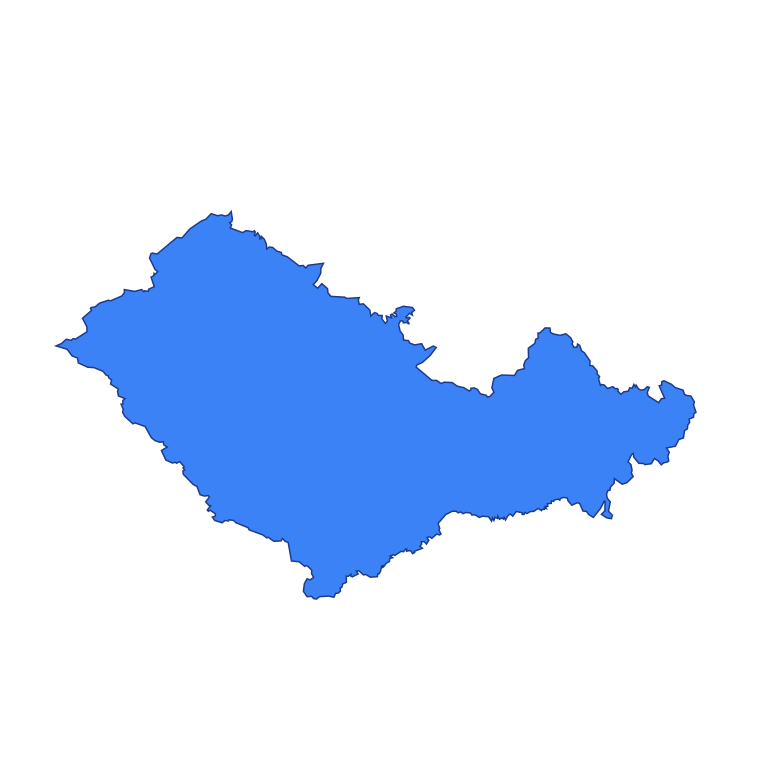 Taungoo, Bago, Myanmar (Albers equal-area conic projection), rotated 321°
{"feature_id": "60261553B53825313002023", "entity_name": "Taungoo", "entity_type": "district", "adm_level": 2, "iso_a3": "MMR", "parent_name": "Myanmar", "parent_adm1": "Bago", "projection": "albers", "projection_center": [96.407, 18.81], "detail": "fine", "context": "isolated", "style": "filled", "palette": "blue", "viewbox_px": 768, "rotation_deg": 321, "n_neighbors": 0, "source": "geoboundaries", "source_scale": "gbopen_adm2", "svg_char_len": 6171}
<svg xmlns="http://www.w3.org/2000/svg" viewBox="0 0 768 768"><g transform="rotate(321 384 384)"><path d="M608.7,602.3L611.3,595.1L613.9,593.3L614.9,586.5L611.8,583.1L611.0,581.1L612.6,577.1L608.0,569.9L607.2,565.2L603.6,557.6L601.4,557.0L599.1,559.5L596.7,558.6L593.1,571.7L590.3,570.0L585.7,571.3L581.8,559.6L583.1,556.3L588.1,553.6L586.8,551.8L582.6,552.1L579.7,550.3L578.7,547.8L579.2,543.5L577.5,544.4L577.9,541.6L574.2,543.5L572.6,541.6L569.3,543.3L565.5,541.0L561.7,541.1L561.2,536.6L562.6,535.6L562.3,534.1L560.8,533.3L560.2,530.1L554.9,528.2L554.5,523.3L552.8,521.3L551.3,521.3L553.9,515.2L556.2,513.9L556.0,510.3L557.8,507.9L557.7,501.4L555.6,499.1L558.6,495.9L559.4,485.8L558.4,482.5L560.4,477.2L559.6,474.8L557.1,476.8L554.8,475.1L555.3,471.2L557.3,470.1L558.2,465.5L556.9,459.4L551.3,456.9L546.9,451.3L545.8,448.6L548.2,445.0L544.5,441.8L537.2,442.4L535.7,441.3L532.7,445.4L530.1,444.7L526.7,447.4L518.7,447.0L512.8,454.6L508.6,454.8L504.5,457.2L502.8,460.4L496.4,457.4L490.8,459.5L481.0,451.0L472.9,448.8L465.4,454.9L464.3,459.5L458.8,460.4L456.1,459.2L456.4,457.2L452.7,452.3L453.2,447.0L451.6,443.7L448.8,442.0L448.1,443.2L445.8,443.1L443.8,437.2L439.5,431.7L437.9,425.8L432.1,420.6L428.6,419.5L427.2,414.4L423.5,411.3L419.6,391.1L421.5,389.9L427.5,391.4L437.8,390.9L447.5,388.5L446.3,385.6L437.3,383.6L438.6,376.4L432.3,372.8L429.8,368.4L430.3,365.6L426.9,362.3L429.7,357.8L429.8,353.0L432.8,347.0L436.3,345.3L438.2,346.6L437.5,348.6L440.4,350.6L441.4,353.4L442.0,349.5L445.7,349.2L445.3,347.8L442.8,346.7L443.2,345.7L448.4,345.1L449.4,348.3L450.5,345.9L454.1,345.9L454.2,342.4L448.1,335.9L440.9,333.3L439.1,335.1L436.4,335.0L437.6,337.3L436.4,339.5L435.0,338.6L434.2,334.7L432.6,334.4L431.4,337.3L428.5,332.6L426.2,337.2L423.2,337.8L423.3,332.2L425.7,329.6L422.7,327.0L423.0,324.7L421.5,322.5L416.5,322.9L419.5,317.6L418.4,308.7L414.9,306.5L417.0,302.4L419.1,301.3L408.8,294.0L408.1,291.8L397.8,282.4L397.8,277.8L400.1,274.4L398.8,266.9L392.7,267.8L391.5,262.2L396.9,261.5L404.7,258.0L407.6,254.5L412.9,252.1L399.8,244.0L396.2,244.6L395.8,241.0L392.4,239.0L388.9,224.3L385.9,219.3L387.0,217.2L384.2,212.9L383.4,207.7L380.9,205.3L377.8,205.3L380.7,201.0L382.1,196.0L381.6,192.2L380.2,193.8L378.8,193.0L380.3,191.3L380.9,187.0L377.1,187.8L376.9,186.6L379.6,184.9L379.7,183.3L378.2,183.4L373.3,178.0L369.4,177.4L362.7,166.0L365.7,164.5L365.5,161.4L367.8,162.0L369.8,160.7L373.8,153.8L369.5,154.7L366.3,153.6L364.2,150.4L360.6,148.5L356.9,142.9L349.1,143.8L344.9,142.4L330.5,141.3L319.0,143.4L315.3,139.8L289.5,140.2L286.2,136.3L284.7,136.2L281.0,138.6L278.2,150.9L278.8,154.4L274.9,154.7L274.9,153.4L273.2,155.0L270.2,154.4L266.7,163.8L260.8,162.2L259.2,163.7L256.6,160.9L255.5,161.2L255.1,158.1L248.6,155.2L241.6,147.2L239.5,149.8L235.7,150.6L223.8,147.3L222.6,145.5L214.0,142.2L208.1,142.2L204.5,140.3L203.5,140.4L203.0,142.8L191.1,143.2L189.1,152.5L186.1,156.5L172.5,155.0L171.1,153.2L168.1,153.0L165.3,149.3L158.7,149.6L153.1,148.0L159.6,157.6L159.3,165.9L162.2,171.0L159.7,175.2L164.3,184.5L169.1,189.0L173.6,197.3L173.6,202.1L174.7,203.8L174.0,206.5L174.9,209.3L171.5,212.0L174.4,220.8L172.4,221.9L170.1,226.2L173.6,232.3L170.6,232.5L168.7,235.2L167.0,234.2L165.5,239.4L163.1,241.4L162.2,246.0L163.8,256.9L166.1,257.6L171.6,266.7L169.4,279.2L170.4,283.9L173.0,288.1L176.0,289.9L174.6,292.9L175.8,296.6L169.2,295.6L166.6,305.7L169.9,312.3L172.7,313.6L172.9,315.0L176.4,315.8L176.6,322.6L175.0,322.8L175.1,325.3L172.9,325.1L171.2,327.9L172.5,342.0L174.2,345.9L171.4,354.3L173.8,358.0L177.3,360.2L177.1,362.0L171.2,363.4L171.6,368.6L172.7,369.5L167.4,370.7L167.4,372.4L169.4,372.6L171.3,378.7L169.8,380.5L166.8,379.4L166.6,383.6L170.9,390.0L174.4,390.0L177.1,392.6L178.1,391.9L181.4,395.6L181.6,398.6L187.9,410.0L187.4,412.5L194.8,424.9L196.1,429.8L197.5,430.2L199.4,436.9L205.2,441.1L208.0,440.1L208.1,443.9L209.8,446.9L200.7,463.3L206.2,468.8L207.6,475.8L209.4,476.1L210.1,477.9L210.7,483.2L208.4,485.8L207.5,490.1L203.3,489.7L201.6,487.0L196.3,489.2L190.9,494.4L190.4,500.9L194.1,503.5L194.3,506.5L196.1,508.6L200.1,508.7L207.3,513.8L210.9,518.2L214.6,516.3L216.9,517.7L219.8,517.6L221.3,515.0L223.1,515.5L226.2,513.4L229.9,514.5L233.8,509.6L235.2,511.0L238.6,511.0L237.3,512.5L238.1,514.0L244.4,515.3L244.7,511.9L247.0,513.5L247.9,519.4L250.0,520.6L251.8,525.5L257.6,529.6L259.8,527.6L260.7,528.4L263.4,527.4L267.8,523.9L268.8,524.5L267.5,525.6L268.5,525.9L273.1,524.7L276.5,525.4L278.6,523.2L281.4,524.4L280.4,521.6L283.7,522.5L284.6,524.1L292.0,524.8L293.6,526.6L297.2,525.9L297.8,526.6L296.3,528.1L299.8,530.1L299.5,533.9L301.8,534.3L302.3,533.1L310.4,535.8L309.9,532.6L312.4,532.2L313.8,530.0L316.2,532.1L316.2,535.1L320.4,533.7L320.8,530.5L323.3,531.3L324.0,534.0L330.5,533.8L332.2,536.3L333.9,536.4L334.9,531.8L336.4,531.4L338.3,526.4L349.8,524.3L357.1,525.9L360.0,528.3L360.5,530.7L363.2,531.8L363.7,534.4L366.8,535.4L370.0,538.6L369.8,541.1L372.4,542.9L374.1,547.6L377.4,548.8L381.7,552.9L381.3,558.3L384.0,556.4L383.5,559.2L386.3,557.3L387.6,559.9L389.3,558.4L388.6,561.8L391.4,562.4L391.8,564.1L393.4,563.3L392.8,566.1L397.6,564.3L400.3,564.4L400.9,567.7L406.5,566.3L410.6,571.2L409.4,572.2L410.6,573.5L412.7,572.5L413.5,574.6L417.4,575.2L420.4,577.3L425.4,577.6L426.7,581.5L428.1,581.0L429.8,582.4L430.7,581.2L431.8,583.0L432.2,580.7L434.3,582.2L435.6,579.9L438.9,582.0L440.7,580.2L442.1,582.0L443.4,581.2L447.1,583.3L447.5,584.9L448.9,584.0L452.0,585.0L454.7,587.9L453.5,590.8L453.7,596.4L459.5,597.9L460.9,600.0L458.7,608.0L461.2,610.5L460.9,614.1L462.7,619.4L474.1,616.9L481.6,613.6L481.9,614.5L475.8,621.6L470.9,622.1L472.9,628.2L476.0,631.8L478.9,629.6L478.4,624.1L485.7,618.0L485.6,613.2L487.8,609.5L491.3,607.6L492.6,608.8L495.3,606.6L500.4,605.9L503.4,602.5L506.1,611.8L510.6,613.5L519.3,612.8L520.3,608.6L522.5,607.2L525.2,602.0L524.6,598.2L531.9,594.6L534.0,594.8L532.1,597.9L532.1,606.0L535.6,609.0L536.0,610.8L541.6,614.2L547.2,612.1L548.7,616.4L548.6,621.3L551.8,621.3L555.2,623.0L556.9,623.0L559.1,618.8L562.8,616.5L563.2,611.5L571.3,615.7L578.2,612.7L582.7,614.4L588.3,609.3L591.5,609.8L594.3,607.0L597.4,606.2L599.0,603.2L603.6,604.7L606.0,602.1L608.7,602.3Z" fill="#3b82f6" stroke="#1e3a8a" stroke-width="1.5"/></g></svg>